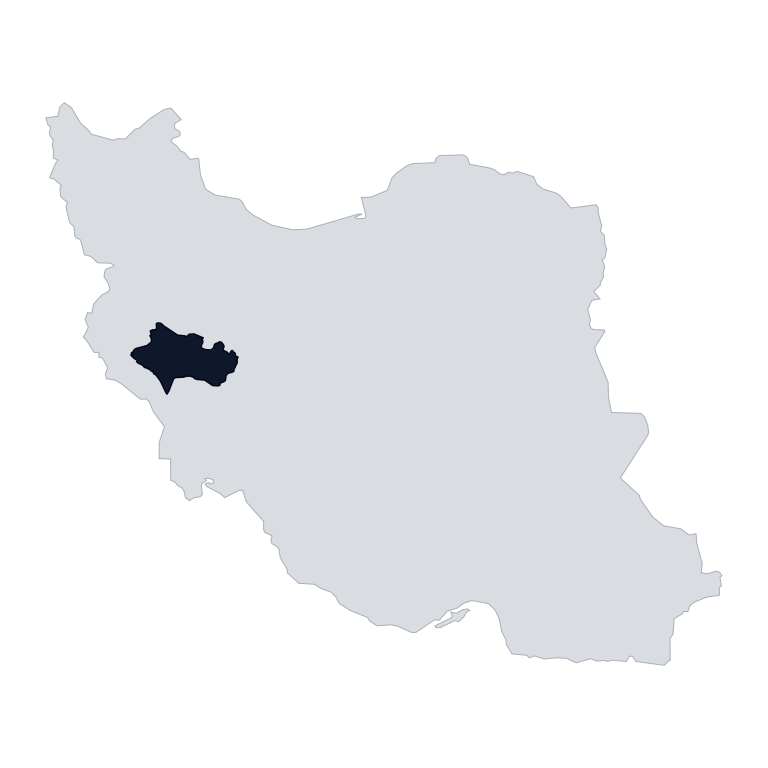 location of Lorestan within Iran
{"feature_id": "IRN-3220", "entity_name": "Lorestan", "entity_type": "Province", "adm_level": 1, "iso_a3": "IRN", "parent_name": "Iran", "parent_adm1": "", "projection": "albers", "projection_center": [48.245, 33.479], "detail": "fine", "context": "in_parent", "style": "filled", "palette": "ink", "viewbox_px": 768, "rotation_deg": 0, "n_neighbors": 0, "source": "natural_earth", "source_scale": "10m", "svg_char_len": 5717}
<svg xmlns="http://www.w3.org/2000/svg" viewBox="0 0 768 768"><path d="M361.3,197.4L370.3,197.3L386.3,190.8L387.7,189.4L391.9,178.0L397.2,172.6L406.5,166.0L412.7,163.6L434.8,162.7L436.1,158.2L439.7,155.5L463.7,154.9L467.6,158.0L469.6,164.2L490.1,168.1L494.4,169.6L499.7,173.9L503.9,174.7L508.9,172.1L512.2,173.2L517.4,171.4L533.6,176.7L536.5,183.6L539.6,186.5L543.4,189.1L556.4,193.2L560.5,196.0L570.9,208.0L596.0,204.8L598.0,207.4L598.4,213.0L601.7,226.2L600.4,231.3L604.2,235.3L604.8,243.7L606.8,249.3L604.9,257.8L602.2,259.8L604.7,266.7L603.0,273.9L603.6,276.6L600.3,282.9L600.4,285.2L593.6,291.5L600.0,298.9L591.9,300.3L587.7,309.5L590.3,319.5L589.5,324.9L590.7,327.7L593.0,329.5L604.4,330.1L604.9,331.4L594.7,347.6L596.0,353.3L608.1,382.2L608.5,397.3L611.5,412.5L640.8,413.4L644.6,416.9L647.7,425.1L648.5,431.5L648.0,434.9L620.3,478.0L639.3,495.4L640.5,499.6L653.0,517.3L663.7,525.8L680.8,528.9L689.2,535.0L696.0,533.7L696.8,543.5L702.2,563.2L701.3,572.7L707.4,573.8L716.2,571.1L719.7,572.5L721.9,575.5L719.9,577.7L721.4,585.6L719.3,587.6L719.4,595.2L706.0,597.3L694.0,602.3L689.8,605.8L687.9,611.5L683.7,611.5L682.6,613.7L674.2,618.6L673.0,634.2L670.1,638.3L670.2,660.5L668.3,661.0L664.3,665.3L636.0,661.5L632.6,656.6L629.6,656.0L626.2,661.5L612.1,660.2L607.5,661.6L604.5,660.4L597.0,661.1L590.8,658.7L576.1,662.8L566.4,658.3L556.5,657.8L544.5,659.0L534.4,655.9L529.4,657.9L526.8,655.3L512.0,653.9L506.4,644.5L505.8,639.6L501.6,631.4L499.4,619.2L495.3,610.4L488.6,603.6L471.8,600.5L463.4,603.4L457.3,608.1L447.0,611.3L439.4,620.2L434.6,619.9L415.9,632.4L411.8,632.5L396.9,625.9L390.3,624.8L377.1,625.8L369.7,621.1L367.6,617.5L350.1,610.4L339.3,603.5L335.8,596.8L331.0,592.1L320.7,588.4L314.7,584.3L298.8,583.3L287.4,572.9L287.2,569.3L280.3,557.7L278.9,549.1L277.4,546.9L271.9,543.5L270.9,541.2L272.0,535.7L264.8,532.5L263.7,529.9L263.6,521.5L246.3,501.7L242.7,490.5L239.6,490.1L224.7,497.6L220.3,493.6L207.0,486.6L205.2,483.9L208.5,482.6L211.8,483.8L213.7,482.3L212.9,479.9L209.6,478.4L205.1,478.6L206.4,480.8L202.2,483.0L201.3,485.8L202.4,494.1L200.7,496.5L193.7,497.9L189.3,500.6L185.4,497.6L184.2,491.5L181.8,487.6L178.1,486.1L175.3,482.3L170.7,480.3L170.6,459.1L159.1,458.6L159.2,442.5L164.5,426.6L153.6,412.1L148.9,401.1L146.0,399.0L140.4,399.2L121.8,384.1L115.4,380.2L106.4,378.8L105.4,373.6L107.8,367.9L103.7,360.3L102.4,358.0L98.8,357.1L99.1,352.3L94.3,352.5L85.8,339.2L83.3,337.3L88.4,327.5L85.1,319.4L87.4,312.7L91.9,313.1L93.5,304.1L101.8,295.0L108.9,291.1L109.7,288.4L108.3,283.3L104.0,276.9L104.7,271.6L106.2,269.0L113.6,266.3L114.0,265.1L110.6,263.2L97.7,262.8L90.9,256.4L84.4,254.7L80.8,240.8L79.7,239.1L76.7,238.5L74.8,236.0L74.0,226.8L69.7,222.6L66.4,208.9L66.2,205.6L67.5,202.7L60.6,196.6L60.0,187.6L61.5,185.5L53.6,178.7L50.0,178.2L49.7,177.1L55.6,163.3L57.9,160.2L53.2,157.9L53.5,151.0L52.4,145.2L53.1,139.8L50.0,135.7L49.3,133.3L50.6,127.3L47.6,124.2L46.1,117.7L57.6,116.4L60.1,106.6L64.3,102.7L71.4,107.7L81.1,123.9L87.0,128.7L91.4,134.2L113.1,140.2L117.8,138.6L125.3,139.0L134.9,129.3L139.2,128.1L150.3,118.4L164.0,109.5L170.9,108.1L181.2,119.6L175.3,123.0L174.3,125.9L175.0,128.7L179.7,131.6L180.2,134.9L178.6,136.5L172.6,138.2L170.9,141.5L177.5,146.7L180.7,151.2L184.2,152.3L189.8,159.3L198.6,158.3L200.5,175.2L205.6,189.2L215.0,195.0L239.4,199.2L242.2,201.9L246.3,209.5L252.8,214.9L272.0,225.3L293.0,229.8L306.9,229.1L357.5,214.3L362.3,214.0L354.8,217.5L357.8,218.8L364.3,218.4L365.7,217.1L365.8,215.0L361.3,197.4ZM466.6,612.1L463.6,617.2L458.8,621.6L454.8,620.7L439.9,627.7L435.8,627.6L435.0,625.8L451.5,617.7L452.2,615.8L450.9,612.2L456.5,613.3L462.3,609.9L467.3,608.8L469.8,610.6L466.6,612.1Z" fill="#d9dde1" stroke="#a8b0b8" stroke-width="1"/><path d="M238.0,357.2L237.2,358.8L237.1,361.0L237.2,362.8L233.9,369.7L233.8,370.7L233.7,371.4L232.9,371.9L227.9,373.4L226.0,375.7L225.4,380.5L223.9,381.7L221.2,382.7L220.4,383.2L220.0,384.0L219.8,385.0L219.8,385.4L217.3,385.9L212.5,385.5L204.6,380.1L197.1,379.4L194.9,378.8L193.2,377.1L189.7,376.1L186.1,376.3L183.7,377.1L175.3,377.6L173.5,379.0L168.8,391.2L167.0,394.0L166.5,393.6L165.9,392.6L160.4,381.0L156.5,375.7L155.4,374.5L154.9,374.3L154.2,374.1L153.8,373.6L153.2,372.3L152.4,371.3L152.0,371.2L151.5,371.1L151.0,371.0L150.9,370.5L150.5,370.0L146.4,367.9L144.9,367.6L144.1,367.0L143.5,366.4L143.5,365.9L142.9,365.6L141.2,364.3L141.1,364.1L140.9,363.9L140.6,363.9L140.4,363.9L140.2,364.1L139.8,364.0L139.7,363.9L139.6,363.7L138.3,363.1L137.7,362.8L137.3,362.4L136.8,361.9L136.7,361.6L137.1,360.9L137.2,360.5L137.1,360.1L136.7,360.0L134.9,358.8L134.2,358.5L133.3,357.4L132.3,356.8L131.5,355.5L131.0,355.2L131.0,354.8L131.5,353.3L131.6,352.7L132.2,352.4L132.8,352.4L133.5,350.6L135.6,348.6L147.5,345.4L148.1,344.5L150.0,343.2L150.8,342.4L151.3,341.5L151.5,340.2L151.2,338.2L150.4,336.4L150.0,335.8L150.6,335.4L151.0,334.6L150.9,334.3L150.9,333.9L151.0,333.1L150.9,332.6L150.8,332.3L150.5,332.1L150.3,331.8L150.3,331.4L150.5,330.8L152.4,329.9L154.8,329.8L156.4,329.0L156.6,326.7L156.3,324.5L156.4,323.6L157.1,323.2L158.1,322.9L160.3,323.2L161.2,323.6L162.6,324.6L163.3,325.6L177.6,335.1L185.1,335.9L186.3,336.4L187.3,336.2L189.1,334.3L189.9,334.1L191.7,334.2L193.9,333.9L203.1,337.8L202.6,338.7L202.3,340.0L202.8,341.1L202.9,342.0L201.6,345.1L201.3,346.0L201.1,347.0L201.6,347.8L203.3,348.8L205.5,349.6L209.3,349.9L210.2,350.2L212.9,348.5L213.5,347.8L214.6,344.3L216.1,343.4L218.0,342.8L219.6,341.8L221.5,342.3L223.0,344.1L223.9,345.7L224.0,346.7L223.5,347.9L223.1,349.1L223.4,350.1L224.6,351.0L227.1,352.2L228.3,353.4L229.3,354.2L230.1,353.7L230.3,352.6L231.0,351.3L232.1,350.5L232.9,350.9L233.4,351.9L234.5,352.7L235.3,353.4L235.2,354.6L235.5,355.8L237.7,356.9L238.0,357.2Z" fill="#0f172a" stroke="#020617" stroke-width="1.5"/></svg>